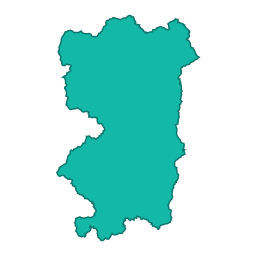 the district of Mae Chaem, Chiang Mai, Thailand
{"feature_id": "78962969B34643742441867", "entity_name": "Mae Chaem", "entity_type": "district", "adm_level": 2, "iso_a3": "THA", "parent_name": "Thailand", "parent_adm1": "Chiang Mai", "projection": "orthographic", "projection_center": [98.301, 18.574], "detail": "fine", "context": "isolated", "style": "filled", "palette": "teal", "viewbox_px": 256, "rotation_deg": 0, "n_neighbors": 0, "source": "geoboundaries", "source_scale": "gbopen_adm2", "svg_char_len": 5713}
<svg xmlns="http://www.w3.org/2000/svg" viewBox="0 0 256 256"><path d="M177.9,123.8L178.3,119.4L179.2,116.8L178.6,114.9L179.0,113.1L177.9,111.4L179.4,109.3L179.8,106.9L179.4,105.0L180.6,104.0L180.9,102.5L181.9,101.3L180.7,100.1L180.4,98.9L181.0,98.0L180.7,96.4L181.3,96.0L181.6,94.6L181.1,92.5L182.1,91.1L181.3,90.1L181.2,85.1L179.4,83.9L179.7,83.2L180.8,83.0L179.8,80.2L179.8,78.9L178.2,78.9L178.5,77.1L181.5,73.1L181.0,72.1L181.3,71.5L180.7,69.2L181.4,67.5L182.6,67.0L182.9,66.3L184.2,65.9L184.9,66.2L186.4,64.9L189.4,64.2L190.4,62.5L193.2,61.5L194.6,59.9L197.3,59.0L197.7,58.2L199.2,57.3L196.5,55.5L196.1,54.2L195.2,53.5L195.0,51.5L194.3,51.0L194.2,50.1L193.5,49.7L193.5,48.7L192.9,47.9L191.5,47.6L190.6,46.6L190.2,43.2L188.7,40.5L186.6,39.6L186.6,38.8L188.4,37.9L188.4,37.4L189.4,36.6L188.9,34.8L189.1,34.2L188.5,33.7L188.9,33.4L188.9,32.3L189.2,32.6L189.7,32.0L189.6,31.2L185.8,27.7L185.4,26.8L184.3,26.2L184.7,25.2L183.6,24.9L183.5,24.4L183.1,24.7L182.1,23.5L180.4,23.2L179.1,22.2L178.3,22.7L177.6,22.5L178.1,19.7L175.3,18.9L174.1,20.9L173.3,20.6L172.5,21.4L171.5,21.5L168.1,23.5L167.9,24.0L168.7,25.1L168.6,27.1L169.5,28.9L168.6,29.5L167.5,29.7L165.2,28.8L164.1,27.6L163.0,27.9L161.6,26.9L160.3,26.8L158.3,27.3L157.8,28.0L157.1,27.7L155.3,29.6L152.8,29.9L152.7,31.0L152.0,31.9L150.5,31.9L147.4,33.0L146.6,32.4L146.5,32.8L145.2,32.7L145.2,32.1L143.6,31.4L143.3,30.8L143.5,30.5L142.2,29.0L141.4,29.2L141.2,28.4L140.4,28.0L140.2,27.2L139.3,27.0L139.1,25.9L139.6,25.0L137.6,24.7L134.8,23.4L135.6,22.5L135.6,21.4L134.1,20.2L134.4,19.2L133.9,18.8L133.7,17.6L133.1,16.9L131.5,17.1L131.1,15.9L129.7,15.4L127.8,16.2L125.7,18.3L124.0,17.9L120.6,19.7L113.4,17.6L112.6,18.0L112.0,19.1L110.0,18.9L109.1,20.0L106.5,20.8L105.7,22.8L106.8,24.5L105.9,25.0L105.3,26.2L103.8,26.6L101.7,31.5L100.6,32.1L100.4,33.2L99.0,33.2L97.7,35.7L96.7,36.6L91.8,36.5L91.4,35.2L90.5,34.0L88.4,33.5L86.5,33.9L82.7,33.1L81.0,31.0L78.6,32.5L73.8,32.5L72.0,30.8L70.6,30.3L68.0,30.8L67.1,31.6L65.3,31.9L63.1,36.0L62.3,36.4L62.0,38.1L61.3,39.3L61.1,42.3L59.1,46.8L59.2,49.9L58.3,51.5L59.2,51.9L58.6,53.0L60.2,55.9L61.1,56.7L60.3,59.3L60.6,60.4L61.3,60.6L61.7,61.3L62.0,62.6L61.5,63.3L62.4,65.2L64.4,65.7L66.8,64.2L70.6,65.1L71.0,65.5L70.9,66.5L70.0,67.5L69.8,68.2L70.5,68.8L69.9,69.6L70.6,70.8L68.9,72.3L67.9,72.3L66.8,73.1L66.9,74.5L66.5,75.0L62.7,77.2L65.2,78.0L65.0,79.1L65.7,80.6L65.5,83.3L66.8,84.9L66.0,86.4L64.9,87.0L64.6,87.8L64.8,88.7L65.7,89.6L66.7,92.7L65.9,96.1L67.4,96.6L68.2,98.2L67.2,100.1L66.1,104.9L67.6,106.0L68.5,107.8L69.8,109.3L71.0,109.4L74.2,108.7L75.0,108.9L77.3,107.8L80.8,109.9L82.4,111.8L84.5,111.9L86.1,111.3L88.8,112.2L88.3,113.6L89.1,114.3L88.7,117.0L90.5,117.0L92.2,117.6L93.8,117.3L96.9,117.8L97.6,122.8L99.3,123.9L100.7,123.5L101.9,124.1L104.7,128.8L104.4,130.5L103.0,131.2L103.2,133.2L101.2,133.9L100.7,135.7L99.3,135.7L98.6,137.5L97.1,138.0L96.5,139.1L95.8,139.4L93.9,137.9L91.6,138.4L89.3,136.0L88.0,136.5L86.5,136.3L86.4,138.3L85.1,141.7L85.1,143.1L82.9,143.2L82.8,144.2L80.4,147.1L78.0,146.6L76.9,147.9L73.7,149.4L73.7,150.1L72.8,150.7L71.1,150.1L70.3,151.2L70.0,154.1L68.1,155.8L66.1,163.8L64.3,164.3L59.4,167.6L58.6,170.6L56.8,172.5L58.1,175.1L59.3,176.3L62.6,175.2L64.6,176.0L65.4,177.6L66.6,177.7L67.6,179.0L68.9,179.3L69.5,178.9L72.0,179.8L72.3,181.0L71.1,183.5L72.7,184.1L72.6,185.3L73.1,186.0L74.9,186.2L75.8,188.4L76.1,190.5L77.3,191.7L77.7,193.3L78.8,193.4L79.1,194.3L79.6,194.5L81.8,194.8L82.3,195.8L83.3,195.7L83.8,196.8L84.9,197.7L84.8,198.5L87.7,198.8L90.7,201.5L91.6,201.5L92.0,202.3L91.7,202.9L92.3,203.4L92.5,202.6L93.1,202.4L94.1,205.1L93.6,205.9L94.4,205.9L94.0,207.3L94.5,207.4L94.4,208.4L95.9,209.6L96.0,211.4L94.4,213.7L94.7,214.6L94.3,214.6L94.3,215.4L92.9,216.7L91.8,217.3L89.9,217.6L88.2,217.0L84.1,218.3L82.5,217.8L81.2,218.0L79.9,216.9L75.7,218.5L75.5,221.3L74.8,222.6L75.5,224.4L75.4,225.7L77.0,227.5L75.8,231.1L76.8,231.9L78.4,235.5L79.2,236.1L80.6,236.2L81.5,236.9L83.8,236.0L84.8,236.9L85.8,235.0L85.2,233.4L86.4,233.1L90.3,230.5L90.6,228.8L90.0,226.8L90.3,225.8L91.1,227.2L91.9,227.8L93.2,226.7L93.2,227.6L94.0,228.4L95.7,228.1L97.6,231.6L97.2,233.7L97.7,234.2L97.6,235.4L98.1,235.7L98.0,237.1L99.6,238.4L101.2,240.6L103.5,240.2L105.3,238.0L107.0,239.0L108.6,239.1L110.1,237.2L112.1,233.3L112.7,234.4L115.0,234.9L117.2,234.3L118.9,233.3L121.9,233.5L123.5,231.2L124.6,230.5L125.4,228.4L124.7,226.6L124.9,226.0L123.8,226.2L124.0,224.7L123.0,224.6L122.8,224.0L123.5,223.2L123.6,221.6L124.8,220.9L124.0,220.3L125.5,219.9L125.2,218.5L125.6,218.0L126.9,218.4L128.0,218.1L128.5,219.2L130.2,220.5L130.7,220.1L130.9,219.2L132.9,219.4L134.0,220.1L134.3,218.3L135.3,217.7L136.7,218.1L137.0,216.4L138.0,216.3L138.7,216.9L140.1,217.0L140.7,218.9L141.6,219.5L143.4,218.1L144.4,219.0L145.8,219.2L146.4,219.9L148.0,219.9L148.2,220.9L149.4,222.3L151.6,222.8L151.2,224.1L152.1,224.2L152.5,226.2L153.4,225.9L156.1,227.3L157.0,227.3L157.5,227.7L157.5,228.9L158.5,229.2L159.6,227.9L159.4,226.8L161.3,224.8L162.6,224.9L165.4,223.8L167.2,223.7L170.2,222.1L171.7,217.7L170.4,215.2L171.3,210.5L168.7,208.8L168.6,206.3L168.0,205.1L168.7,204.4L168.9,203.1L170.4,200.3L171.6,199.5L172.7,196.7L171.8,194.2L172.3,192.2L172.1,191.3L172.6,190.5L172.4,189.2L173.7,187.8L173.4,185.1L175.0,184.1L175.0,183.1L175.4,182.5L176.3,182.3L176.2,180.8L177.1,180.5L177.2,179.6L178.1,178.6L178.0,177.3L178.6,175.0L176.9,172.4L176.9,170.3L176.3,169.2L176.9,167.8L174.6,166.5L174.6,162.0L175.7,160.5L178.0,159.0L178.8,157.9L180.7,157.4L181.5,155.2L182.9,155.2L184.9,154.1L184.0,151.2L182.8,150.8L182.9,150.3L184.6,149.8L182.8,149.0L183.9,147.7L183.7,146.7L184.3,145.2L183.8,143.5L181.2,142.8L180.1,139.7L178.7,138.3L176.6,134.8L176.8,128.5L175.4,125.0L177.9,123.8Z" fill="#14b8a6" stroke="#0f766e" stroke-width="1.5"/></svg>